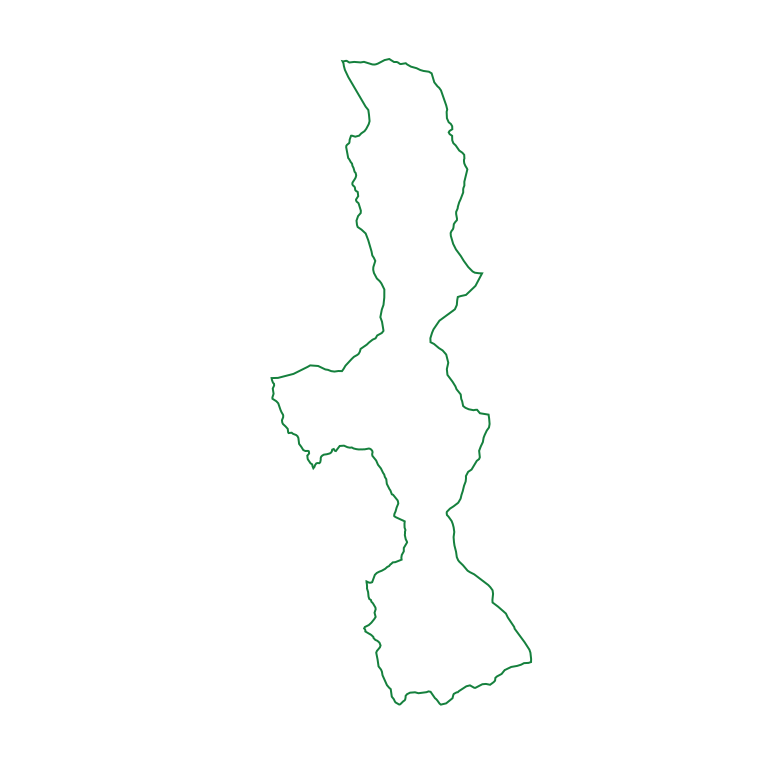 Geling, Chhukha, Bhutan, rotated 352°
{"feature_id": "84629894B86670310826979", "entity_name": "Geling", "entity_type": "district", "adm_level": 2, "iso_a3": "BTN", "parent_name": "Bhutan", "parent_adm1": "Chhukha", "projection": "mercator", "projection_center": [89.474, 27.025], "detail": "fine", "context": "isolated", "style": "outline", "palette": "green", "viewbox_px": 768, "rotation_deg": 352, "n_neighbors": 0, "source": "geoboundaries", "source_scale": "gbopen_adm2", "svg_char_len": 6132}
<svg xmlns="http://www.w3.org/2000/svg" viewBox="0 0 768 768"><g transform="rotate(352 384 384)"><path d="M489.1,205.3L489.5,202.3L489.9,201.0L491.2,198.7L491.7,194.9L496.4,183.1L496.1,182.0L494.9,179.2L494.2,176.7L494.2,174.6L494.4,173.1L495.0,171.9L495.3,168.2L493.8,165.9L491.0,163.3L488.2,157.7L486.2,155.2L485.5,152.2L486.0,147.7L483.8,145.7L483.1,143.8L484.2,142.5L487.1,141.2L487.4,138.2L486.4,135.8L484.5,133.8L483.3,129.6L483.9,123.2L484.8,121.0L484.4,116.9L481.3,101.2L479.8,98.3L478.4,96.7L475.8,92.3L474.4,83.0L471.9,81.0L466.7,79.5L463.6,78.1L460.2,75.8L454.9,73.5L451.4,70.8L450.2,69.4L445.2,69.5L444.3,69.2L442.5,67.5L441.4,66.9L438.7,66.5L434.4,62.9L429.7,63.3L422.4,65.9L420.4,66.3L418.8,66.3L416.9,65.9L409.0,62.2L405.6,62.3L399.3,60.9L394.4,60.8L392.0,58.8L391.1,58.7L388.6,58.9L387.8,58.6L388.5,60.9L388.5,63.3L389.0,67.5L391.4,75.2L404.4,106.8L406.6,110.5L406.6,115.3L406.3,121.7L405.0,124.6L401.9,128.9L399.9,130.9L396.3,132.7L394.0,134.6L390.0,135.1L386.7,133.6L385.9,133.6L384.0,137.3L383.5,139.6L383.0,140.6L380.7,142.0L379.9,142.8L379.5,144.2L380.0,155.2L380.8,156.5L382.0,159.7L383.0,161.3L383.1,163.5L383.9,165.8L384.4,169.7L385.3,171.1L385.5,173.5L384.8,175.3L384.1,176.4L380.9,180.1L380.6,180.9L380.5,182.1L381.0,183.2L382.0,184.2L382.5,185.3L382.5,187.8L382.8,188.4L383.5,189.3L384.2,189.7L384.7,190.2L384.6,194.4L382.0,197.4L381.9,198.3L382.3,199.6L383.8,201.2L384.1,202.3L385.2,209.2L384.7,211.5L381.7,214.1L379.5,218.4L379.4,222.7L379.8,224.9L383.2,228.0L386.8,232.4L388.4,239.4L390.1,251.0L390.3,255.1L391.5,257.6L392.5,260.9L389.7,266.8L389.2,269.4L389.5,272.7L391.6,278.5L394.1,281.6L395.4,284.0L397.5,290.4L396.3,298.5L394.5,305.6L392.2,310.0L389.7,317.3L390.7,322.1L390.9,330.7L390.8,331.4L388.9,333.2L384.0,335.0L382.0,337.6L378.9,338.5L374.8,340.9L372.5,342.6L365.7,346.0L364.6,348.6L363.1,350.6L361.6,351.5L358.0,352.9L355.5,354.7L348.4,360.5L346.1,363.4L344.2,365.4L340.7,364.8L336.7,364.8L333.5,363.9L330.5,362.2L327.9,361.4L321.3,357.0L313.5,355.3L310.8,356.4L295.8,361.4L279.9,363.2L273.5,362.5L273.6,364.4L274.2,367.2L275.1,368.5L275.0,370.2L273.2,373.0L273.3,378.3L271.6,381.8L271.5,383.1L275.0,386.1L276.6,388.4L277.9,395.2L278.6,397.7L279.7,400.3L279.8,401.3L279.5,402.9L277.9,405.7L277.9,408.1L278.4,409.6L280.6,412.3L282.4,415.0L282.4,418.6L282.7,419.3L285.8,419.4L287.0,420.7L289.9,422.3L291.1,423.7L291.7,425.6L291.6,431.5L293.3,434.6L294.9,438.2L296.8,439.4L299.5,439.7L300.2,440.2L300.2,442.2L299.5,443.1L298.1,444.2L298.0,447.1L298.1,448.0L300.2,452.3L301.7,453.6L301.8,455.7L302.3,457.6L303.6,456.4L304.3,454.9L305.9,453.2L307.0,453.0L309.0,453.4L310.0,452.5L310.8,450.2L311.0,448.6L311.7,447.2L312.9,446.3L314.6,445.6L317.6,445.6L320.7,445.2L322.2,444.4L323.0,443.4L323.6,441.8L325.2,441.4L326.0,443.2L327.0,443.7L331.5,439.2L335.8,439.5L339.0,441.5L341.3,442.3L343.3,442.4L344.9,443.6L347.7,444.7L349.9,445.3L355.7,446.0L360.0,445.8L360.9,446.1L361.9,446.8L363.0,448.4L363.2,449.9L362.5,451.8L362.5,453.5L365.6,458.7L366.8,463.1L369.2,467.2L370.8,472.1L371.6,473.6L371.9,476.1L373.0,478.6L372.9,483.3L374.8,488.9L375.5,490.2L376.4,494.3L377.6,495.0L381.3,501.2L381.5,502.5L381.5,504.4L379.3,508.1L377.7,511.8L376.3,514.0L375.8,515.5L375.8,516.4L377.2,517.6L385.4,522.9L384.8,525.4L384.4,529.1L384.9,531.6L384.2,533.3L384.0,535.0L383.6,536.4L383.9,540.7L384.8,543.4L384.8,544.1L380.8,549.1L380.3,552.5L377.8,555.8L377.5,556.8L377.0,558.5L377.0,560.4L370.4,562.0L367.8,561.9L366.1,563.2L365.4,563.4L363.7,565.0L361.8,565.6L359.4,567.2L355.8,568.6L353.2,569.2L350.6,570.1L348.4,571.7L344.7,578.6L343.2,578.9L341.7,578.7L339.2,577.1L339.1,577.8L339.2,579.7L339.0,582.6L338.7,584.0L339.3,587.8L339.1,592.4L339.5,594.8L341.0,596.1L341.2,597.8L342.5,599.6L344.4,604.2L344.4,605.9L342.8,609.2L343.3,613.5L341.7,615.4L338.3,618.6L335.4,620.6L331.2,622.0L330.3,623.3L331.1,624.4L331.3,625.9L331.1,626.5L336.4,630.7L338.2,632.9L338.3,634.1L339.8,636.2L341.7,637.4L343.5,639.5L344.2,642.4L343.3,644.2L339.8,647.4L338.9,649.0L339.3,656.2L339.3,662.9L341.3,666.4L341.9,668.6L342.0,672.2L345.0,682.6L346.9,685.6L348.2,687.1L348.2,694.7L349.9,697.6L350.6,700.0L351.2,701.0L354.4,703.5L355.2,703.5L355.8,703.2L358.9,700.9L360.3,700.2L361.0,699.5L361.7,697.6L362.0,695.9L363.6,694.4L366.8,693.3L371.8,693.6L375.1,695.0L383.2,695.1L385.3,694.6L387.3,695.3L390.8,702.3L391.8,703.3L392.7,704.7L394.6,708.3L395.7,709.4L401.1,708.9L408.1,704.7L409.4,701.5L410.0,700.6L412.9,699.5L414.2,699.5L415.4,698.6L423.5,694.8L427.2,694.4L431.1,697.4L432.2,697.6L439.6,695.0L443.2,695.2L447.2,696.6L451.1,694.5L452.7,693.2L453.4,690.5L455.2,689.3L460.1,687.5L463.7,684.1L470.6,681.9L476.6,681.7L480.8,681.0L483.8,679.9L488.3,680.3L490.9,679.8L491.4,676.9L491.6,670.5L491.0,667.3L487.3,659.3L479.3,644.5L479.1,642.7L474.1,632.4L472.8,628.3L466.1,620.5L461.1,615.5L461.3,613.0L462.8,607.0L462.8,603.4L461.0,600.0L459.3,597.6L446.8,585.0L442.9,582.3L440.8,580.5L437.0,574.5L433.8,570.4L432.9,568.8L432.0,565.6L432.0,560.2L431.3,553.8L431.3,550.3L431.6,545.3L433.0,540.3L433.0,535.7L432.6,532.1L431.9,529.1L429.4,524.3L428.1,522.5L428.1,520.4L428.5,519.3L432.0,516.6L435.9,514.8L441.0,511.9L443.9,508.2L445.3,504.6L447.0,501.2L449.1,495.9L451.3,491.9L452.1,488.7L452.3,486.6L455.1,482.7L458.8,480.9L465.2,473.0L467.7,471.6L468.7,469.9L468.9,463.4L471.2,459.2L473.8,455.3L475.2,451.0L476.6,448.5L479.3,444.4L481.9,441.7L483.0,438.3L483.3,433.2L483.3,428.9L474.9,426.3L472.6,422.5L470.8,422.3L469.0,422.4L464.4,420.8L461.3,418.9L459.3,416.8L459.0,412.0L458.4,409.5L458.5,405.0L455.1,399.3L454.4,396.3L452.2,391.3L448.1,383.8L448.3,378.0L450.6,371.9L449.7,363.5L446.7,358.9L443.3,356.0L439.1,351.3L435.9,349.1L436.3,345.1L438.7,340.0L440.6,336.8L447.7,329.0L464.6,319.9L467.1,315.9L468.2,311.1L469.2,308.1L472.3,307.6L477.6,307.2L488.2,299.6L496.5,288.1L493.3,287.5L489.4,286.4L487.4,284.9L483.7,279.9L480.1,273.1L477.9,268.0L474.0,260.8L472.0,254.9L470.8,246.6L471.0,243.8L472.0,242.1L473.8,240.3L474.5,238.9L475.4,235.4L476.9,233.7L479.0,231.9L479.3,230.5L479.1,225.7L479.4,223.6L481.2,220.7L481.6,219.7L481.7,219.0L483.7,214.6L485.5,211.8L489.1,205.3Z" fill="none" stroke="#15803d" stroke-width="2"/></g></svg>